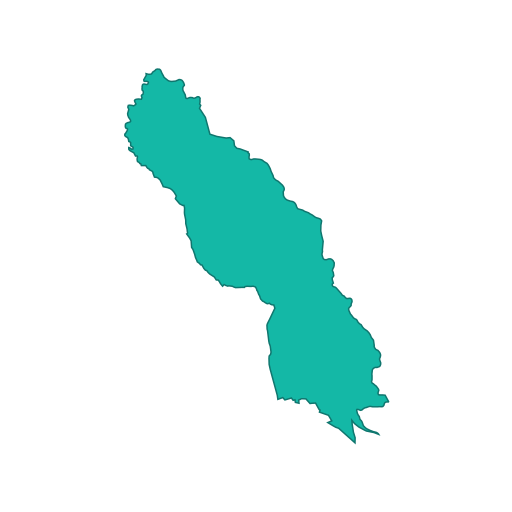 the district of Chigmecatitlán, Puebla, Mexico, rotated 72°
{"feature_id": "50627088B58244454353304", "entity_name": "Chigmecatitlán", "entity_type": "district", "adm_level": 2, "iso_a3": "MEX", "parent_name": "Mexico", "parent_adm1": "Puebla", "projection": "albers", "projection_center": [-98.061, 18.648], "detail": "fine", "context": "isolated", "style": "filled", "palette": "teal", "viewbox_px": 512, "rotation_deg": 72, "n_neighbors": 0, "source": "geoboundaries", "source_scale": "gbopen_adm2", "svg_char_len": 6060}
<svg xmlns="http://www.w3.org/2000/svg" viewBox="0 0 512 512"><g transform="rotate(72 256 256)"><path d="M464.3,219.6L459.5,217.9L453.7,217.8L445.7,216.5L441.9,215.6L445.8,214.1L450.5,211.0L454.8,206.9L456.5,205.2L460.4,198.3L463.6,194.4L463.1,194.5L462.0,195.1L460.9,196.1L459.2,198.8L457.2,201.3L454.5,204.1L453.1,205.1L450.6,206.3L446.7,206.4L445.3,206.7L443.5,207.6L440.6,207.4L438.2,208.1L436.6,208.2L433.6,207.9L433.1,207.5L433.3,206.7L434.0,205.5L435.0,204.5L435.2,202.9L434.6,201.6L434.0,199.5L434.2,198.2L434.1,195.9L434.1,194.7L434.4,193.6L435.4,191.8L436.9,187.3L437.3,185.6L438.3,182.6L438.3,181.8L437.5,180.5L436.1,179.6L435.5,179.0L435.2,178.4L435.1,177.7L435.2,176.8L435.7,175.2L435.4,174.9L428.3,176.2L427.4,178.2L426.7,180.4L426.3,181.2L426.3,181.8L425.6,182.3L424.7,182.5L423.6,182.1L421.6,180.7L420.5,180.7L417.0,181.8L415.3,183.0L413.7,183.9L413.0,184.7L412.2,184.9L411.1,184.9L410.5,184.6L409.8,184.0L405.9,182.7L404.1,182.3L400.4,180.6L399.8,180.1L399.3,179.3L398.9,178.1L398.8,177.3L399.0,176.2L399.4,175.5L399.3,172.7L398.9,172.0L398.2,171.4L397.3,170.8L396.1,170.4L393.2,170.5L392.0,170.3L390.4,169.0L389.2,168.3L388.0,168.0L386.5,168.1L385.7,168.3L383.5,169.2L381.9,170.9L380.2,171.5L378.5,171.6L377.6,171.2L372.4,170.3L369.1,171.5L366.2,171.7L364.0,172.3L361.6,173.4L358.6,175.7L356.9,176.5L353.7,177.3L352.8,178.2L351.8,178.8L350.2,179.5L348.2,179.8L347.0,180.5L346.5,181.2L345.0,182.4L341.7,183.5L340.4,184.1L339.5,184.2L336.7,184.5L334.9,184.3L334.0,183.5L332.9,181.4L332.4,180.8L331.5,180.5L330.7,180.1L329.2,178.8L327.5,178.4L326.4,178.6L325.6,179.2L325.2,179.7L324.6,182.7L324.0,183.3L323.1,183.9L321.4,184.5L320.0,186.0L317.8,186.7L311.3,189.5L310.3,190.1L309.0,191.9L308.3,192.4L307.3,192.5L306.3,192.2L305.7,190.8L302.3,190.8L301.1,190.5L300.2,190.2L299.5,188.8L298.7,188.1L295.4,187.6L293.5,187.9L291.9,186.9L290.8,185.7L289.5,184.8L286.7,183.7L284.3,184.1L282.7,185.0L282.0,185.7L281.6,186.4L281.2,187.9L281.3,189.9L280.9,191.3L280.5,192.0L279.9,192.6L279.0,192.9L276.0,192.9L274.5,192.7L272.4,191.4L270.7,191.0L262.8,187.6L256.7,187.2L252.2,186.7L246.6,184.7L242.9,182.7L241.2,183.2L240.4,183.7L239.4,185.0L238.2,186.8L237.2,187.8L234.3,189.9L232.6,191.6L231.1,192.7L228.5,196.0L226.8,197.4L224.2,201.4L223.6,201.8L222.8,202.0L221.6,202.2L220.3,202.1L218.9,202.3L217.1,202.9L215.6,204.2L214.4,206.4L212.5,209.0L210.7,210.4L208.4,211.1L207.0,211.2L203.4,210.3L201.7,208.7L200.3,208.3L199.1,208.3L196.9,208.9L191.8,211.8L190.2,213.4L189.0,214.2L187.0,215.1L184.8,214.9L180.1,215.5L177.6,215.5L176.0,215.7L173.3,216.2L171.3,216.9L168.7,219.2L166.8,220.4L165.8,221.6L165.2,222.7L163.6,226.4L163.0,228.1L162.9,230.5L162.6,231.2L161.6,232.4L161.0,232.4L159.5,232.0L158.7,231.5L157.8,231.1L156.6,230.9L155.3,231.7L154.6,231.3L149.3,238.0L147.6,241.0L144.5,242.4L139.6,241.5L135.4,244.1L134.6,247.9L130.2,256.3L125.9,262.2L108.5,261.3L98.1,264.1L95.6,262.0L94.1,262.7L92.4,261.7L91.2,261.3L90.0,261.0L88.7,260.4L87.8,260.7L86.9,261.2L86.5,262.2L86.5,263.3L86.8,264.1L86.9,265.8L86.6,266.7L85.8,267.4L85.0,269.2L84.8,270.2L85.0,272.6L84.5,273.7L83.6,273.9L80.9,273.5L76.0,274.3L74.8,274.1L73.1,273.5L72.0,272.3L71.7,271.5L70.9,271.2L68.5,271.3L66.5,271.9L65.7,272.4L64.9,273.5L64.4,274.6L64.8,278.4L64.0,282.0L63.7,283.0L62.4,285.0L61.7,285.6L57.7,288.2L56.1,288.4L53.0,289.0L50.5,289.2L49.6,289.4L48.6,290.0L47.7,292.1L47.7,293.6L48.4,294.7L49.2,297.5L50.3,298.7L50.6,299.5L50.2,301.5L49.8,302.4L48.6,304.2L50.2,304.5L53.7,308.3L55.0,308.5L55.5,308.0L56.1,305.9L56.9,304.8L57.9,304.7L59.0,305.8L59.2,306.8L57.8,309.4L57.8,310.4L58.2,311.1L59.7,312.0L60.3,312.1L61.9,312.8L63.2,313.0L63.8,312.7L64.3,312.3L65.4,312.5L67.1,313.4L67.4,314.1L67.5,314.8L68.0,315.4L68.8,315.6L70.2,315.5L71.5,316.6L70.3,319.4L69.9,321.7L70.1,322.9L70.8,323.6L72.7,323.5L74.2,323.2L74.7,323.5L75.4,326.0L74.5,327.3L73.5,329.5L73.3,330.9L74.8,331.9L77.3,331.7L80.9,334.1L82.4,334.4L84.8,334.3L87.7,333.4L89.0,333.5L89.7,334.6L89.5,336.9L89.8,338.6L90.3,339.4L92.1,340.2L93.4,340.4L94.5,340.1L95.0,339.1L95.5,338.9L96.2,339.2L97.3,340.1L98.1,341.1L98.8,341.8L99.4,342.9L100.2,343.4L100.9,343.5L101.9,343.2L103.7,341.6L104.9,341.3L106.4,341.4L107.8,341.6L108.7,340.5L109.4,340.2L112.4,341.1L114.3,339.5L115.2,339.4L116.3,340.1L116.0,341.3L114.8,342.1L113.8,343.0L113.5,343.5L115.1,344.0L116.0,343.8L117.0,343.2L120.1,340.3L123.7,339.7L124.1,338.2L124.9,338.0L127.0,339.1L128.3,339.4L129.6,339.5L130.5,338.6L131.5,338.0L132.2,337.9L132.7,337.1L134.6,337.1L135.9,332.9L137.9,332.4L139.1,331.9L139.8,331.1L140.3,330.8L141.1,330.7L143.0,328.8L143.7,328.4L144.6,328.2L145.7,328.4L149.6,328.2L150.5,326.3L151.3,325.3L154.0,323.7L158.7,323.0L161.4,322.8L163.7,318.9L165.4,316.7L167.6,315.2L170.0,314.2L174.3,313.2L176.6,315.0L182.8,312.5L185.3,310.0L185.6,308.9L188.3,309.1L192.4,310.6L194.0,311.0L199.9,311.7L203.6,312.8L208.9,313.2L211.8,313.8L212.4,313.8L213.4,314.2L213.6,315.1L218.6,313.5L221.5,313.0L228.0,314.6L229.5,314.1L230.7,313.9L235.4,313.8L238.8,314.0L242.5,313.6L243.3,313.7L245.7,312.0L247.2,311.5L247.8,310.2L251.8,309.4L253.9,308.5L254.6,307.4L256.9,306.6L258.8,305.6L263.1,302.1L266.5,301.2L267.2,299.4L268.9,298.8L271.4,298.3L274.4,297.1L273.3,295.2L274.6,293.9L275.9,292.2L276.0,291.0L277.5,287.8L278.9,286.4L279.8,285.1L281.6,278.7L282.3,276.7L281.7,276.1L282.0,273.9L283.4,270.2L283.8,268.1L285.3,266.1L287.4,265.7L289.2,265.8L289.8,265.4L293.3,265.3L294.9,264.9L298.2,264.9L300.9,263.7L301.9,262.6L303.3,261.6L304.6,260.4L305.0,259.7L305.1,257.7L306.1,257.3L307.2,256.1L308.1,254.2L311.5,254.2L320.3,262.5L322.9,265.1L324.2,266.3L325.3,267.0L328.9,268.0L330.7,268.1L340.8,270.1L343.2,270.4L346.0,270.3L352.1,271.4L354.0,272.5L355.2,274.4L357.4,275.3L363.2,277.0L368.2,277.5L395.0,278.8L399.1,279.5L398.9,274.3L401.8,273.0L402.0,266.2L404.7,265.3L404.8,263.4L407.4,263.8L409.3,260.6L406.2,259.9L405.8,256.8L407.3,252.7L413.0,250.2L413.4,248.0L414.3,244.8L421.6,243.4L422.3,242.7L424.1,243.9L429.9,236.3L436.2,234.9L436.6,239.2L441.0,235.4L443.5,233.1L445.4,230.6L464.3,219.6Z" fill="#14b8a6" stroke="#0f766e" stroke-width="1.5"/></g></svg>